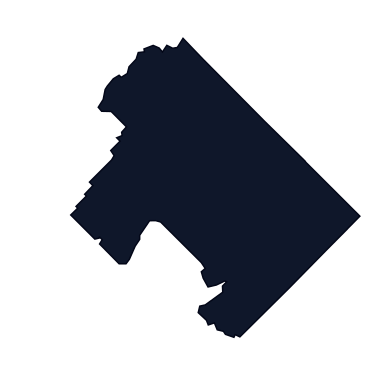 Caribou, Idaho, United States of America, rotated 45°
{"feature_id": "52423323B45551485441937", "entity_name": "Caribou", "entity_type": "district", "adm_level": 2, "iso_a3": "USA", "parent_name": "United States of America", "parent_adm1": "Idaho", "projection": "orthographic", "projection_center": [-111.64, 42.719], "detail": "fine", "context": "isolated", "style": "filled", "palette": "ink", "viewbox_px": 384, "rotation_deg": 45, "n_neighbors": 0, "source": "geoboundaries", "source_scale": "gbopen_adm2", "svg_char_len": 1182}
<svg xmlns="http://www.w3.org/2000/svg" viewBox="0 0 384 384"><g transform="rotate(45 192 192)"><path d="M77.0,89.7L79.4,100.2L76.7,104.0L70.5,106.1L72.1,113.9L67.0,113.4L60.9,115.8L56.9,124.8L59.3,126.5L55.4,131.4L58.6,137.6L58.9,147.9L62.5,154.0L60.9,160.9L57.9,161.0L56.3,167.6L57.2,176.9L58.1,180.9L63.8,189.4L65.8,198.4L71.0,198.8L77.9,192.2L99.6,192.3L100.0,199.5L102.7,201.5L100.4,206.9L105.2,206.9L105.2,220.1L111.2,221.3L112.5,226.2L112.5,257.5L117.4,257.6L117.7,269.5L120.2,269.5L120.2,284.2L122.6,284.2L122.5,294.0L156.6,294.0L159.2,289.8L157.8,289.2L162.2,289.2L163.4,294.1L191.2,294.3L196.1,289.4L195.3,283.9L190.1,270.5L188.5,262.5L185.6,259.6L182.3,242.3L186.6,237.9L191.0,235.4L248.5,235.3L255.4,236.7L255.0,241.8L260.8,245.0L270.5,247.8L275.0,240.5L278.1,231.7L280.0,231.1L280.1,237.0L284.6,241.1L281.2,262.5L278.2,267.2L281.7,272.9L293.0,272.5L297.5,274.5L300.4,268.7L307.3,271.6L312.7,268.3L316.3,269.0L324.4,265.1L323.4,262.3L328.3,260.6L328.4,237.5L328.6,190.3L328.1,139.1L328.0,112.6L328.0,108.9L327.9,107.2L327.9,105.4L327.8,90.7L327.8,90.4L251.7,90.5L250.0,90.2L193.5,90.7L105.5,90.3L77.0,89.7Z" fill="#0f172a" stroke="#020617" stroke-width="1.5"/></g></svg>